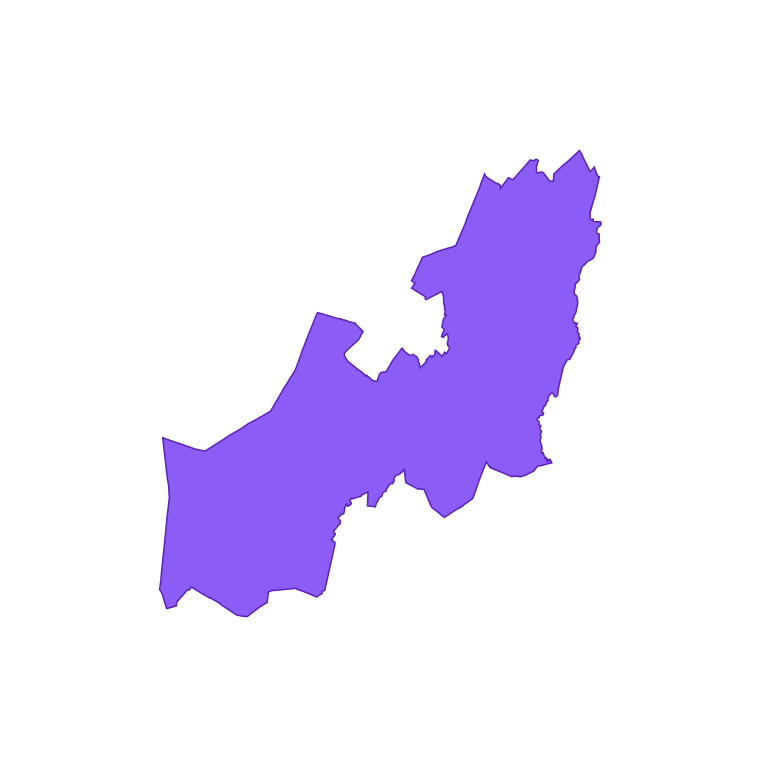 Preiļu pag., Preilu, Latvia, rotated 292°
{"feature_id": "27541924B82337484092202", "entity_name": "Preiļu pag.", "entity_type": "district", "adm_level": 2, "iso_a3": "LVA", "parent_name": "Latvia", "parent_adm1": "Preilu", "projection": "equal_earth", "projection_center": [26.708, 56.291], "detail": "fine", "context": "isolated", "style": "filled", "palette": "violet", "viewbox_px": 768, "rotation_deg": 292, "n_neighbors": 0, "source": "geoboundaries", "source_scale": "gbopen_adm2", "svg_char_len": 6158}
<svg xmlns="http://www.w3.org/2000/svg" viewBox="0 0 768 768"><g transform="rotate(292 384 384)"><path d="M100.4,274.5L103.9,273.7L104.7,273.8L120.0,279.0L119.8,280.5L123.5,281.7L121.3,295.0L120.3,302.5L120.6,302.6L120.3,305.6L119.3,312.8L117.9,317.3L116.0,327.2L114.6,333.3L115.5,338.9L117.1,344.3L120.9,346.4L131.5,352.9L137.6,357.5L147.7,354.7L150.1,356.9L161.2,378.3L161.1,381.2L161.5,387.5L161.3,401.7L162.1,401.9L163.4,402.6L166.5,405.1L167.9,404.4L168.9,404.7L170.3,406.4L217.6,398.5L218.8,397.8L219.3,396.3L218.8,395.1L220.1,393.6L220.8,394.5L221.9,394.0L222.8,394.1L224.5,394.9L226.3,395.0L226.9,394.8L226.5,394.0L228.8,392.6L229.8,392.5L231.8,393.6L233.1,393.6L238.4,395.7L239.6,395.4L240.8,394.8L242.2,392.1L242.6,391.8L243.4,391.7L244.6,392.5L247.0,393.2L248.6,395.1L249.2,395.2L255.1,393.9L258.2,394.0L259.0,394.5L258.9,395.1L258.4,395.5L257.3,395.6L257.0,395.9L257.1,396.1L257.8,396.9L260.6,398.6L261.5,398.2L263.3,395.7L264.1,395.9L264.4,396.5L265.9,396.7L265.8,397.9L271.6,404.9L272.7,404.8L278.0,409.6L264.8,414.3L266.9,422.0L271.4,421.5L272.7,422.1L276.3,422.1L279.5,424.1L281.8,423.5L282.7,423.7L285.7,426.0L288.6,425.8L293.6,427.2L294.8,428.2L295.0,428.6L294.7,429.0L295.0,429.2L296.6,429.8L298.4,429.6L299.1,429.1L300.8,428.5L302.7,429.2L304.0,429.3L305.1,431.0L306.7,432.5L307.4,432.8L307.9,432.4L309.4,433.9L309.9,434.1L311.0,433.9L312.3,434.8L300.8,441.1L299.3,455.0L299.5,455.0L300.9,459.0L301.3,460.6L287.5,474.3L284.8,484.1L284.2,485.3L282.9,489.9L295.5,498.7L298.9,501.8L302.2,503.5L310.7,509.0L311.8,509.2L330.8,508.3L350.1,508.0L346.4,513.4L346.8,513.7L346.3,514.2L346.1,515.4L346.2,523.8L346.0,537.2L347.6,539.8L348.5,542.6L348.9,544.9L352.3,549.2L359.3,555.4L365.0,557.0L367.2,559.9L367.3,560.5L373.3,568.3L373.6,569.1L374.7,568.4L374.7,567.8L375.9,566.8L376.2,566.2L375.2,565.7L375.7,565.2L375.6,564.9L374.9,564.7L374.6,564.9L374.6,565.4L374.2,565.5L373.9,565.3L373.9,564.8L373.3,564.3L373.6,563.9L375.9,563.0L376.2,562.3L375.2,561.8L375.2,561.5L377.2,560.2L377.5,559.3L378.1,558.8L378.3,558.3L379.8,557.5L379.9,557.0L379.0,555.9L379.2,555.7L380.2,555.1L381.7,555.3L384.3,554.2L387.0,552.6L387.3,551.7L389.5,550.5L390.1,549.8L393.3,549.5L395.7,547.9L396.7,548.1L399.0,547.8L399.4,547.5L399.9,546.2L400.6,545.4L401.7,545.0L402.6,545.3L403.7,545.2L404.1,544.8L404.2,543.0L405.6,542.6L407.2,541.7L407.4,541.4L407.4,540.2L408.8,539.0L410.1,539.4L410.8,540.5L411.9,540.3L412.9,540.4L413.5,540.9L414.3,542.7L415.2,543.1L416.8,542.9L417.2,540.8L417.8,540.4L418.3,540.4L419.8,540.9L421.8,540.6L426.0,541.9L428.1,541.3L429.1,542.2L430.3,542.2L431.5,541.6L433.3,541.4L434.9,541.5L436.5,542.0L438.4,542.9L438.5,544.5L436.8,546.1L436.3,547.0L436.3,547.7L436.6,548.3L438.5,549.2L445.6,547.3L466.8,543.9L475.0,544.7L476.3,546.8L476.8,547.1L483.9,547.8L487.9,547.7L489.4,548.3L491.7,547.5L492.2,547.6L494.1,549.2L494.9,549.5L496.6,548.3L497.9,548.3L498.0,548.9L498.4,549.0L499.9,548.7L500.4,548.3L500.0,547.9L501.0,547.4L501.2,547.0L501.1,546.7L503.3,546.3L504.2,544.8L504.4,543.7L505.9,543.7L508.7,542.6L509.0,540.9L509.3,540.2L510.0,540.1L511.2,540.6L512.0,540.2L512.6,540.3L512.3,539.8L512.3,539.0L511.7,538.6L512.3,538.1L511.8,537.6L512.3,537.3L513.3,535.7L514.5,534.8L516.5,535.0L519.9,534.7L521.7,535.2L523.8,534.9L526.9,534.1L529.0,534.1L530.0,533.6L531.0,533.5L535.0,531.7L537.1,530.2L538.0,529.2L538.6,527.0L539.2,526.3L540.6,525.8L546.6,524.7L547.5,524.0L549.3,524.3L549.7,524.7L552.3,525.7L554.4,526.1L556.0,525.3L556.7,524.6L557.9,523.9L559.4,524.4L567.0,523.7L570.3,525.5L574.0,526.9L577.0,529.5L579.1,530.9L583.8,531.1L585.9,530.9L590.7,529.3L592.5,529.5L596.1,530.7L603.7,527.2L603.4,525.3L603.5,524.8L604.5,524.2L606.1,523.8L609.1,523.4L612.6,525.5L613.2,525.5L614.8,524.9L615.4,523.9L615.4,523.4L613.4,518.8L613.2,517.9L613.5,516.9L615.2,516.3L613.8,514.1L615.2,512.9L620.5,510.8L622.7,510.4L622.7,510.6L636.0,509.2L636.7,509.3L656.9,506.1L656.5,504.5L657.5,503.9L657.3,503.6L663.9,497.6L661.7,497.0L658.1,495.6L667.7,484.7L671.1,481.3L673.7,477.8L660.1,471.4L653.3,467.8L642.4,462.8L635.4,465.0L634.6,463.0L634.4,461.3L639.5,452.8L639.5,450.2L637.3,447.5L637.0,446.5L637.5,446.1L642.2,444.0L648.9,443.4L649.3,442.4L649.5,440.9L647.1,439.2L646.4,435.5L638.6,433.0L621.6,427.0L621.9,422.0L609.0,418.8L611.1,417.8L612.1,416.9L612.4,414.7L612.2,411.5L612.9,409.2L613.5,404.9L614.6,400.6L616.4,398.6L606.4,398.7L601.8,399.1L571.3,398.8L562.4,399.2L539.5,398.7L536.5,396.0L533.6,392.0L527.0,384.1L524.0,381.0L521.8,379.0L515.9,372.2L502.0,371.6L496.9,371.6L495.0,371.2L490.0,370.8L489.0,374.9L483.2,373.7L480.4,389.7L478.7,390.2L478.2,390.6L478.0,391.4L491.4,402.9L488.6,405.5L488.7,405.8L481.4,409.1L476.6,412.3L476.0,412.0L474.9,413.3L470.6,414.3L471.1,415.7L468.7,415.7L467.0,414.8L462.1,415.6L458.3,416.4L457.2,419.4L449.6,419.5L449.4,421.4L449.6,421.8L451.5,422.0L452.2,422.3L452.2,422.7L453.6,422.8L454.3,423.7L453.9,424.4L453.1,424.6L452.5,425.1L452.3,425.6L449.5,426.9L445.0,427.5L443.0,429.5L441.7,431.6L435.3,430.3L436.2,428.4L431.3,427.6L434.5,419.6L434.4,418.9L430.0,420.1L427.7,419.3L428.3,418.3L426.9,417.5L427.6,416.4L421.8,414.0L420.7,415.2L419.3,414.2L416.5,413.3L412.8,411.4L413.5,411.2L413.6,410.7L414.2,410.5L414.7,409.8L415.8,409.4L417.7,407.4L419.3,407.0L419.5,406.3L420.8,405.2L421.4,404.2L421.7,403.4L421.6,401.6L422.5,400.3L420.1,397.3L422.0,390.6L423.1,389.1L424.0,387.3L409.6,383.3L396.1,381.3L393.6,376.9L391.5,376.1L383.8,376.6L383.2,374.1L383.1,371.8L385.6,364.5L384.6,364.2L386.3,360.4L388.5,351.6L389.3,349.6L391.4,342.2L395.0,336.9L397.6,335.7L399.8,336.4L407.1,339.7L415.4,343.8L424.9,344.9L429.0,335.1L429.6,334.6L428.7,328.5L428.7,325.7L428.4,325.5L428.7,325.1L428.4,322.4L427.9,321.8L428.3,320.2L427.3,315.5L425.4,295.9L424.3,295.4L397.6,295.5L380.6,295.8L380.0,296.0L363.8,296.5L342.0,292.7L316.8,289.1L315.8,288.6L304.5,279.9L295.8,272.6L289.1,268.2L277.2,259.0L271.2,255.0L254.7,243.1L252.9,233.2L252.6,225.7L252.3,222.7L252.5,222.2L252.5,221.1L251.7,209.9L251.3,198.9L214.8,218.8L209.4,222.2L197.8,227.7L178.6,232.9L163.3,237.5L128.6,247.5L120.9,249.8L120.8,250.0L109.5,252.9L107.8,255.2L106.0,257.2L94.3,266.6L100.4,274.5Z" fill="#8b5cf6" stroke="#5b21b6" stroke-width="1.5"/></g></svg>